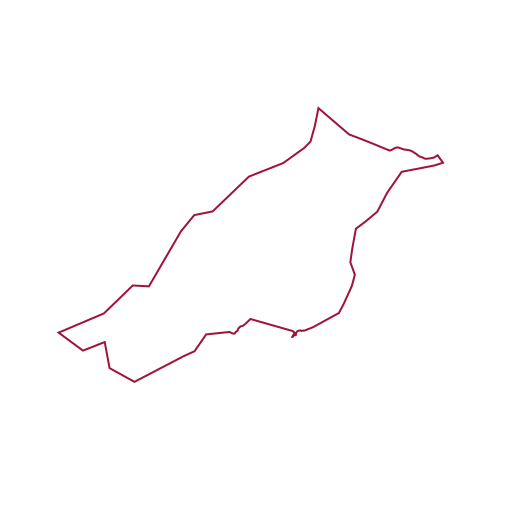 Zu'unxangai, Uvs, Mongolia (Mercator projection), rotated 58°
{"feature_id": "93677404B68741941608611", "entity_name": "Zu'unxangai", "entity_type": "district", "adm_level": 2, "iso_a3": "MNG", "parent_name": "Mongolia", "parent_adm1": "Uvs", "projection": "mercator", "projection_center": [95.512, 49.26], "detail": "fine", "context": "isolated", "style": "outline", "palette": "rose", "viewbox_px": 512, "rotation_deg": 58, "n_neighbors": 0, "source": "geoboundaries", "source_scale": "gbopen_adm2", "svg_char_len": 1922}
<svg xmlns="http://www.w3.org/2000/svg" viewBox="0 0 512 512"><g transform="rotate(58 256 256)"><path d="M163.7,124.7L176.8,137.1L187.8,149.1L189.9,157.7L191.6,183.6L184.9,219.9L195.2,269.1L188.6,286.7L195.3,306.6L225.0,362.9L215.7,376.1L224.1,415.4L216.4,464.0L244.5,452.9L248.8,429.9L273.5,439.6L298.3,425.8L302.6,370.6L304.2,358.6L296.1,339.8L306.4,318.7L308.5,317.4L309.4,316.7L310.1,316.0L310.4,315.2L310.3,314.8L310.1,314.3L309.7,313.5L309.6,312.8L309.6,312.1L309.6,311.7L309.5,311.1L309.3,310.9L308.7,310.1L308.2,309.4L308.0,308.8L307.8,308.1L307.5,306.4L308.2,304.4L308.2,303.3L308.0,301.3L306.5,294.1L337.7,265.9L339.1,264.7L339.9,264.4L340.5,264.2L340.9,264.1L341.1,264.1L341.2,264.3L341.3,264.5L341.5,264.6L342.0,264.7L342.4,265.1L342.7,265.5L342.8,265.9L342.8,266.3L343.2,266.7L343.3,266.9L343.4,267.5L343.6,267.9L343.8,268.2L344.0,268.0L344.0,267.6L343.9,267.3L343.8,267.1L343.7,266.9L343.7,266.7L343.6,266.3L343.2,265.9L342.9,265.6L343.1,265.5L343.5,265.3L343.9,265.0L344.1,264.6L344.1,264.3L344.1,264.1L343.9,264.0L343.2,263.9L343.1,263.7L343.2,263.3L342.4,262.7L342.1,262.0L341.9,261.4L341.7,260.8L341.7,260.5L341.7,260.3L341.8,259.9L342.1,259.4L342.3,258.8L342.4,258.2L342.5,257.9L342.8,257.6L343.2,257.4L343.6,257.2L343.8,256.9L343.9,256.3L344.0,256.1L344.2,255.7L344.3,255.5L344.3,255.3L344.6,255.0L344.8,254.7L345.0,254.2L346.6,245.3L347.8,223.7L348.3,215.9L342.9,206.7L332.2,190.6L324.3,182.1L311.3,179.3L300.8,170.5L285.8,156.8L284.8,144.8L282.7,129.7L271.8,111.1L261.8,87.8L273.7,56.9L276.0,48.0L266.9,48.6L266.8,53.0L265.7,56.1L264.3,59.0L263.6,60.4L262.4,61.6L260.6,62.6L258.7,64.2L258.0,64.7L256.0,65.5L254.1,66.1L252.6,66.9L249.8,68.2L247.8,69.7L246.6,71.0L245.3,72.4L244.9,73.2L243.7,74.4L242.5,75.4L241.5,76.1L240.3,77.1L239.2,78.1L238.7,78.7L238.5,79.7L238.0,80.8L238.0,82.3L238.0,84.0L237.5,86.7L215.5,102.6L202.3,112.6L163.7,124.7Z" fill="none" stroke="#9f1239" stroke-width="2"/></g></svg>